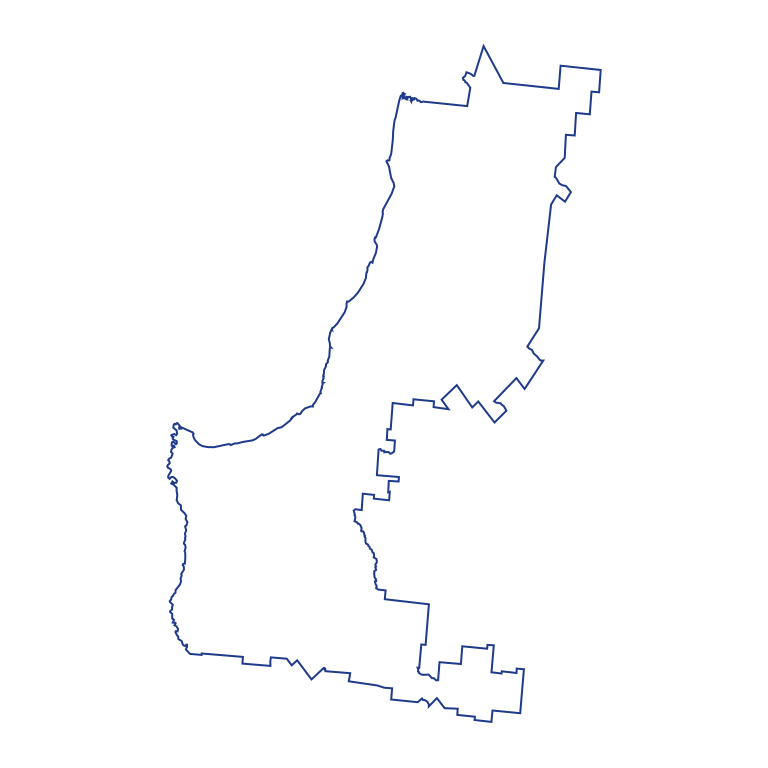 outline of Carpentaria, Queensland, Australia
{"feature_id": "25037944B42158127814454", "entity_name": "Carpentaria", "entity_type": "district", "adm_level": 2, "iso_a3": "AUS", "parent_name": "Australia", "parent_adm1": "Queensland", "projection": "natural_earth1", "projection_center": [140.957, -17.323], "detail": "fine", "context": "isolated", "style": "outline", "palette": "blue", "viewbox_px": 768, "rotation_deg": 0, "n_neighbors": 0, "source": "geoboundaries", "source_scale": "gbopen_adm2", "svg_char_len": 6077}
<svg xmlns="http://www.w3.org/2000/svg" viewBox="0 0 768 768"><path d="M190.0,653.9L201.6,654.9L201.7,653.5L242.9,656.9L242.4,663.6L270.4,665.9L270.3,661.2L270.9,657.4L286.8,658.7L291.7,665.3L297.2,660.3L311.5,679.4L323.4,668.3L324.3,669.2L324.6,668.2L325.2,668.5L325.4,671.2L350.2,673.2L348.8,681.3L377.5,685.5L384.1,687.7L392.1,688.3L391.2,699.5L417.8,702.2L422.0,698.4L423.2,700.1L424.6,700.0L427.4,701.8L428.9,704.6L428.8,706.4L436.9,698.1L444.6,708.2L457.7,708.7L457.3,714.9L474.9,716.7L474.6,720.0L491.4,721.9L492.5,710.5L520.2,713.2L523.9,669.2L516.7,668.6L516.5,673.0L501.8,671.3L501.6,673.5L491.5,672.3L493.8,645.3L487.5,644.9L487.1,648.7L462.3,646.3L460.9,664.0L439.5,662.2L438.1,680.2L436.0,680.3L433.7,678.1L431.9,678.1L428.7,674.6L422.6,674.8L420.9,674.3L418.7,672.7L418.7,671.7L418.0,671.2L418.2,669.4L417.6,667.7L419.2,667.9L421.3,644.5L425.6,644.9L428.9,604.3L384.8,599.2L385.6,590.4L378.3,589.6L376.1,588.1L376.6,587.4L376.5,585.6L375.5,584.0L375.0,581.3L376.0,581.2L376.3,580.5L375.7,578.8L374.7,577.8L374.1,573.4L374.4,573.1L374.2,571.3L376.1,569.9L375.3,567.3L376.1,566.6L375.4,565.3L375.6,564.1L376.9,562.2L376.5,559.0L373.7,557.4L374.1,555.9L373.8,553.2L372.6,552.5L371.7,549.7L369.9,548.6L369.5,546.8L368.3,545.9L368.0,544.6L366.0,543.5L365.4,541.2L365.5,538.0L364.6,536.7L365.0,535.8L364.2,534.7L364.2,533.1L363.1,531.3L361.9,531.5L361.1,530.8L361.6,528.1L360.3,525.0L358.4,523.4L357.8,523.6L357.0,522.3L354.5,521.2L355.3,518.0L355.2,516.1L354.5,515.1L354.8,514.3L353.7,510.7L355.4,509.2L361.7,510.1L362.8,493.7L374.1,494.9L373.8,498.6L389.1,500.3L389.8,491.8L388.2,492.3L388.8,480.9L398.6,481.5L398.9,477.0L376.9,475.2L378.6,449.5L380.4,449.0L381.5,450.7L384.3,450.8L384.3,452.3L388.2,451.9L390.3,453.7L391.6,453.4L394.2,451.5L394.9,440.5L386.8,439.9L387.4,429.1L390.7,429.4L392.7,403.0L413.0,405.4L413.5,399.3L434.0,401.3L433.6,407.1L448.5,409.2L441.6,399.7L456.8,385.1L472.2,407.4L478.3,401.5L494.5,422.5L506.4,410.7L504.0,406.4L501.4,404.4L500.9,403.4L496.3,402.7L494.1,401.2L516.4,378.1L524.6,389.0L543.3,360.5L540.8,360.5L539.6,359.7L537.2,356.5L533.6,353.4L532.0,349.9L529.3,348.7L527.3,346.6L539.0,328.3L544.4,262.7L551.1,204.5L556.7,195.3L565.0,201.7L570.9,192.1L566.0,186.0L562.5,185.3L559.3,183.5L555.9,177.6L554.7,177.0L555.9,167.1L564.7,157.9L565.9,134.8L574.7,135.5L576.1,113.0L589.8,114.3L591.5,91.6L599.1,92.3L600.7,70.0L560.6,65.7L558.7,88.9L503.4,83.0L483.6,46.1L474.3,75.9L473.5,76.0L470.4,73.7L466.5,72.3L465.1,76.2L462.9,77.8L463.4,79.9L464.7,80.5L465.3,82.1L466.8,82.8L470.3,87.8L467.2,106.1L423.3,101.6L420.7,102.1L420.1,101.2L418.3,100.4L417.5,100.7L416.6,99.0L414.8,98.1L414.2,99.3L413.5,99.3L413.8,98.6L413.2,98.4L413.1,99.6L412.0,100.6L411.1,99.9L411.1,101.2L410.6,100.4L411.7,98.1L410.6,98.1L410.1,96.8L408.3,97.2L408.0,96.2L407.8,97.3L406.5,96.8L406.5,98.5L407.2,98.5L407.3,99.4L406.1,99.2L405.3,98.2L404.1,98.4L403.8,97.7L404.5,97.2L403.9,96.0L402.6,97.7L402.6,96.1L404.7,94.1L403.8,93.8L403.4,92.8L402.5,93.2L402.3,94.6L400.7,96.0L399.3,100.3L395.5,118.0L394.6,120.1L393.2,131.0L392.8,140.0L391.2,153.9L389.5,158.5L389.6,160.0L389.0,160.6L387.4,160.3L386.4,161.2L389.0,166.6L391.2,178.1L393.6,182.9L394.3,186.2L391.6,193.8L383.3,209.0L382.6,211.6L382.9,213.6L382.3,217.1L379.2,228.6L376.0,237.2L375.0,237.4L375.2,238.1L374.5,239.0L374.7,241.7L376.7,244.6L377.1,246.7L375.9,252.9L372.9,260.3L372.5,262.7L371.0,261.9L369.9,262.7L368.8,265.5L367.4,267.4L367.5,269.5L367.1,272.1L366.5,272.4L365.8,278.2L363.5,283.9L357.8,292.8L353.3,297.8L348.6,301.6L347.1,301.5L346.5,303.8L346.6,306.8L344.7,312.2L337.5,323.3L333.5,327.5L332.4,327.9L331.8,329.1L332.0,329.8L331.6,329.5L330.3,332.4L328.8,339.2L329.9,343.5L330.0,346.4L330.9,347.4L330.2,347.2L329.8,348.3L329.3,356.6L327.7,360.8L328.0,362.0L326.0,364.2L325.9,366.5L324.2,369.7L323.7,375.0L323.3,375.2L323.8,376.7L323.2,377.0L323.5,378.5L322.5,380.7L322.4,382.6L323.2,382.8L322.5,383.1L322.6,384.8L321.7,387.0L321.8,387.7L322.7,388.0L321.7,388.1L320.4,392.0L320.8,393.3L319.8,393.8L315.2,402.1L313.0,404.9L312.9,406.5L310.7,406.4L305.0,408.4L301.9,411.3L300.4,413.9L299.2,414.3L297.0,413.5L296.0,414.8L292.2,417.2L291.6,418.0L292.2,418.0L289.9,420.7L281.7,427.2L277.6,428.1L268.7,433.8L263.7,435.6L262.6,435.1L262.6,434.4L261.7,434.4L255.6,439.0L252.4,440.4L243.0,441.9L236.9,443.5L234.8,443.4L230.7,445.1L229.8,444.2L228.4,444.1L213.9,447.2L207.9,447.1L202.5,446.1L199.2,444.4L195.1,440.2L193.6,437.3L193.0,434.8L193.6,433.8L192.9,432.5L181.0,427.2L180.2,427.8L180.7,428.6L179.2,428.7L179.1,427.6L179.9,426.2L177.5,423.1L176.8,423.1L175.8,424.3L174.9,423.8L173.8,424.5L173.3,427.7L176.6,430.4L177.1,433.7L176.2,435.1L174.3,434.1L171.5,434.9L171.3,435.5L172.0,436.6L173.4,436.9L172.7,438.8L173.2,439.6L176.6,441.0L176.9,443.3L175.9,444.2L173.6,442.0L172.3,442.1L171.8,442.8L171.6,445.7L172.3,446.1L173.8,445.6L174.6,447.2L172.4,448.1L171.6,449.4L171.0,451.9L172.6,453.5L172.4,454.7L171.1,457.6L169.3,458.6L168.2,460.1L169.4,461.5L169.7,463.3L167.6,465.3L167.3,466.7L168.4,468.1L170.5,469.0L171.1,470.3L170.9,471.5L168.6,475.1L168.1,477.3L169.6,478.9L171.3,477.1L172.8,476.9L174.8,478.1L177.0,480.7L176.3,482.7L174.2,483.0L172.4,481.5L171.3,483.6L173.3,484.5L176.8,487.9L176.5,490.0L177.3,495.1L176.7,500.3L178.2,503.3L180.9,505.4L181.0,509.7L184.7,513.4L186.3,515.9L185.6,518.9L187.4,522.2L186.5,525.3L185.1,526.3L186.2,530.4L184.9,533.9L185.6,536.1L185.0,537.8L185.3,539.7L183.9,542.7L184.0,543.8L185.1,544.8L185.6,547.6L184.6,551.3L185.2,552.4L185.3,558.0L184.9,563.6L183.2,563.9L182.7,564.9L183.8,566.7L183.9,569.7L181.2,574.0L181.7,575.4L180.6,578.5L181.0,581.5L180.0,584.4L175.6,590.1L175.5,592.7L174.1,593.8L173.1,595.7L171.6,597.1L171.1,599.6L169.8,600.9L170.0,602.0L172.8,604.8L172.0,607.6L172.1,609.5L170.4,610.8L170.0,611.8L172.2,613.9L172.2,618.5L174.0,619.8L172.8,622.6L175.4,622.8L175.6,623.5L174.5,625.2L176.6,626.5L178.0,628.9L177.6,631.3L175.8,631.2L175.4,632.0L177.0,635.3L178.2,636.4L178.4,639.2L181.5,640.8L182.9,644.7L183.8,645.5L185.2,646.0L186.3,644.6L187.0,644.7L187.1,646.6L185.9,649.5L190.0,653.9Z" fill="none" stroke="#1e3a8a" stroke-width="2"/></svg>